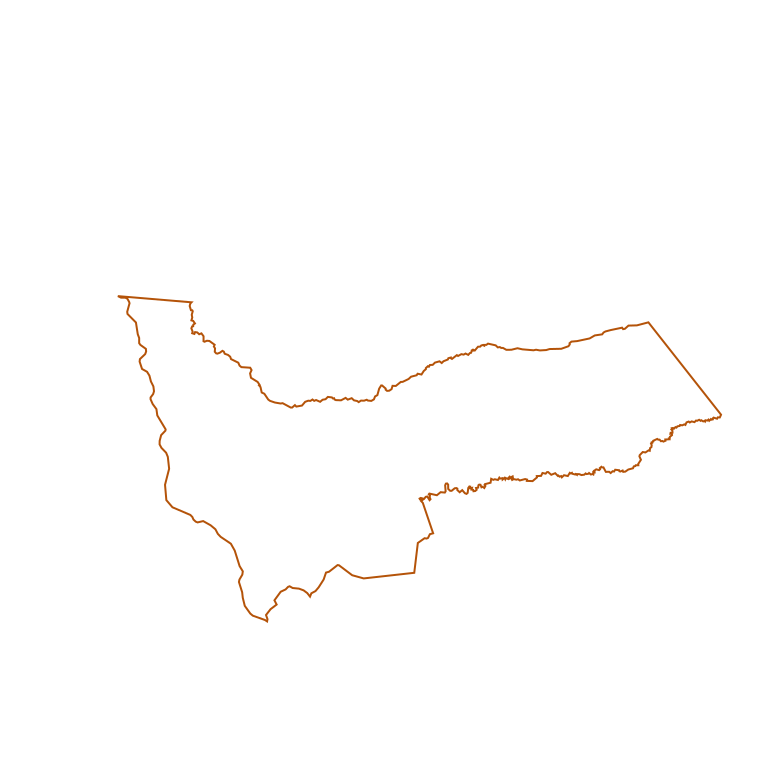 Mitete, Western, Zambia (Mercator projection), rotated 142°
{"feature_id": "96606910B13624449135340", "entity_name": "Mitete", "entity_type": "district", "adm_level": 2, "iso_a3": "ZMB", "parent_name": "Zambia", "parent_adm1": "Western", "projection": "mercator", "projection_center": [22.406, -14.284], "detail": "fine", "context": "isolated", "style": "outline", "palette": "amber", "viewbox_px": 768, "rotation_deg": 142, "n_neighbors": 0, "source": "geoboundaries", "source_scale": "gbopen_adm2", "svg_char_len": 6166}
<svg xmlns="http://www.w3.org/2000/svg" viewBox="0 0 768 768"><g transform="rotate(142 384 384)"><path d="M539.6,617.1L538.1,614.0L534.7,611.3L533.7,609.2L534.3,605.6L534.8,604.3L541.9,599.0L543.0,597.1L541.6,585.2L547.4,574.8L548.6,571.0L551.8,566.9L551.9,564.8L550.0,558.3L551.4,556.1L553.8,554.6L561.0,553.9L562.8,552.1L565.4,544.8L563.2,539.5L563.7,535.0L566.1,529.5L567.2,524.1L569.7,519.9L572.1,518.2L576.2,517.1L577.3,515.8L578.6,510.7L578.8,504.3L582.0,498.8L584.0,482.7L585.0,481.8L591.1,480.9L595.8,477.3L598.0,474.6L598.7,470.7L598.0,464.0L599.2,459.7L605.5,449.5L618.6,439.4L627.0,426.5L626.6,417.1L617.2,400.0L616.9,397.2L617.6,394.5L617.1,391.4L616.1,389.7L610.9,387.3L607.6,379.4L606.3,373.3L607.2,368.2L606.8,364.1L603.0,352.4L604.2,344.6L609.9,329.4L610.6,323.3L613.0,321.0L618.3,318.9L620.2,317.3L624.0,307.2L626.9,302.5L630.3,294.9L630.7,285.4L630.0,282.2L623.1,271.3L622.3,268.9L620.6,270.4L619.2,274.6L612.0,276.4L604.4,276.3L603.5,281.0L593.3,283.9L588.0,282.7L584.5,283.2L582.9,282.7L581.6,279.5L577.0,275.1L574.4,270.9L573.2,266.5L573.2,262.0L570.1,263.8L565.5,263.0L560.7,264.0L551.9,267.1L545.8,271.1L542.9,269.9L532.1,269.9L531.1,268.9L526.8,252.9L519.7,243.3L476.4,216.6L455.2,237.9L447.0,237.5L445.6,236.0L444.1,235.6L440.3,237.4L437.2,236.1L426.6,266.4L426.8,268.8L425.0,268.9L426.7,270.8L426.5,271.8L425.2,271.6L423.1,268.8L420.6,269.4L419.2,268.7L419.6,264.4L418.3,264.6L417.7,266.7L416.5,267.8L416.6,269.5L415.7,269.7L410.8,263.8L406.0,263.9L402.9,261.0L401.5,261.5L398.2,266.5L396.6,267.4L395.5,266.8L395.4,265.2L398.0,261.8L397.6,259.1L396.5,258.2L392.5,258.3L391.0,257.4L390.6,256.4L391.5,255.3L391.0,252.1L387.7,252.2L387.5,248.1L386.6,246.6L385.1,246.7L381.6,250.2L379.8,250.7L379.3,250.1L380.6,249.1L378.6,248.0L380.1,247.0L378.9,245.7L379.5,244.4L378.0,243.5L376.1,243.6L375.5,245.4L373.6,244.4L371.9,246.1L370.9,246.1L370.0,245.2L370.8,242.6L369.5,242.3L369.0,240.3L366.9,241.2L366.9,242.5L366.1,242.5L366.7,243.2L360.8,240.6L357.9,243.3L356.9,241.2L355.3,240.7L353.3,238.2L350.8,239.2L350.8,238.0L348.7,236.9L349.4,235.7L346.7,235.8L347.1,234.2L345.9,234.8L344.4,232.3L343.2,232.2L343.7,233.4L342.0,233.6L341.9,232.4L339.5,232.0L340.4,230.3L341.9,230.7L342.1,229.5L340.3,229.2L338.6,227.1L337.0,226.4L336.4,224.4L331.3,222.2L330.1,220.6L331.1,219.7L326.7,216.0L321.0,216.2L320.3,217.4L316.8,214.9L313.9,216.3L311.8,213.8L309.8,214.2L308.9,213.6L308.1,209.5L304.0,208.3L303.6,204.6L303.0,204.6L302.7,202.9L301.1,202.4L301.3,201.0L298.3,201.3L295.8,198.3L292.3,199.6L292.0,198.6L290.6,198.3L290.9,197.4L289.1,195.0L288.4,195.1L287.9,193.7L287.4,194.2L285.5,192.6L284.5,190.7L281.9,189.2L280.2,189.4L279.8,188.3L278.1,187.4L277.2,187.6L276.7,185.3L275.0,184.7L274.7,183.8L273.4,184.8L273.4,185.9L272.4,186.2L272.1,185.2L271.4,186.2L269.3,186.1L267.5,183.7L266.2,183.8L265.7,184.9L263.7,184.9L263.7,184.1L262.4,183.2L263.3,178.2L260.6,176.2L260.2,174.3L257.5,174.5L256.6,173.4L254.6,174.1L251.8,171.3L252.2,170.3L251.6,169.5L249.2,168.9L249.6,167.5L247.8,166.4L244.1,166.2L239.7,164.3L237.9,165.3L236.5,164.6L235.7,165.0L233.6,163.4L232.9,164.5L228.2,166.1L227.3,169.7L226.3,170.5L222.0,171.1L220.1,169.1L216.3,168.8L215.7,167.8L213.7,169.7L212.2,169.6L210.7,171.0L210.2,172.7L209.0,172.5L208.9,173.2L207.2,172.9L206.8,173.5L202.5,172.5L202.2,171.3L201.1,170.5L201.0,168.4L199.7,167.7L199.3,166.6L197.1,166.0L196.5,167.1L193.1,164.7L192.8,165.7L192.2,165.4L191.2,166.4L188.5,166.4L187.7,167.8L188.9,168.5L188.2,169.1L186.6,168.1L185.5,169.6L185.5,171.2L184.7,171.1L184.4,172.0L183.3,171.4L183.1,170.3L180.9,170.6L180.4,169.6L178.8,170.0L176.9,168.9L175.9,169.4L174.4,167.8L172.2,167.3L171.7,166.2L169.2,167.5L167.0,166.8L166.7,165.4L164.6,165.1L162.8,162.8L160.6,163.1L159.9,162.2L157.7,161.8L157.2,160.1L156.3,160.1L155.5,158.0L154.2,157.6L154.1,156.8L153.0,157.5L151.7,156.1L150.3,156.2L150.4,154.8L148.2,155.1L148.2,154.4L146.7,153.7L146.4,154.4L145.0,154.6L142.9,151.6L141.5,152.2L140.0,150.9L137.3,152.3L137.7,269.8L148.6,274.5L155.4,279.5L160.2,279.2L161.8,280.0L161.7,281.8L172.1,286.9L177.2,289.1L179.3,289.4L181.5,288.8L188.0,292.5L193.9,293.3L205.4,298.9L210.2,302.0L212.7,301.9L213.3,300.8L215.4,300.2L222.6,302.6L232.0,309.6L235.3,310.9L240.5,314.5L243.1,317.4L245.4,318.5L253.6,326.1L256.8,330.0L262.6,332.6L266.6,335.7L268.0,339.1L269.4,340.2L270.0,341.8L271.8,342.8L272.2,345.7L277.2,351.8L279.2,351.8L281.1,353.2L281.5,352.6L282.2,353.9L283.7,354.5L285.1,354.2L287.0,355.5L291.8,354.5L292.7,356.3L293.7,356.4L293.6,355.7L294.4,356.2L296.1,355.0L297.3,355.5L299.7,355.1L301.0,357.8L303.1,358.1L304.7,359.9L308.4,360.5L308.8,361.9L315.0,361.9L315.4,363.0L315.0,363.7L317.4,364.7L318.6,364.0L323.1,365.3L325.6,365.0L326.3,367.7L330.7,369.5L333.8,369.1L336.1,370.7L338.0,370.0L338.4,371.0L341.2,370.8L341.9,369.9L344.6,369.8L348.6,368.4L351.2,371.4L352.9,370.8L358.2,373.1L361.5,372.8L368.0,374.2L369.5,375.3L375.9,375.2L378.4,377.3L381.2,375.3L384.0,375.5L385.8,376.7L386.2,378.5L385.5,379.4L386.4,384.0L387.1,384.6L390.7,383.3L396.1,379.3L398.7,379.7L401.4,378.1L404.4,378.5L406.9,380.9L407.3,382.2L409.9,383.1L412.4,385.1L415.1,385.3L415.6,387.1L417.7,389.6L418.2,392.7L422.2,394.0L422.8,396.7L427.9,397.6L431.8,400.9L432.5,402.2L432.1,403.5L433.2,404.1L433.3,405.5L436.2,408.4L439.4,408.0L442.1,409.4L445.3,409.3L447.4,413.2L449.4,413.7L449.9,415.8L452.4,416.0L454.0,417.5L457.1,418.5L461.9,417.5L467.0,420.2L467.2,422.2L470.9,422.0L472.0,422.9L475.7,431.3L477.5,432.3L481.4,436.6L484.2,440.9L484.8,443.0L484.3,450.0L485.6,452.6L483.2,457.6L483.3,459.8L482.6,459.7L482.3,463.4L485.0,470.8L483.0,474.8L479.8,476.5L479.4,479.2L486.0,485.1L486.5,487.4L485.7,490.5L489.2,497.8L488.4,500.2L489.0,502.9L490.9,505.9L490.3,508.1L490.9,509.6L494.0,509.7L496.6,510.5L497.4,511.5L497.5,513.6L495.2,516.1L495.0,518.3L493.3,519.2L495.1,525.4L496.9,527.1L499.4,527.8L499.9,528.8L496.8,532.7L496.7,536.3L499.0,537.0L499.4,539.6L500.9,541.2L502.6,540.2L503.9,542.1L502.6,543.0L501.5,546.5L499.7,547.5L498.8,547.0L497.7,548.2L495.7,548.1L495.5,551.2L496.6,552.7L494.1,554.5L492.9,556.9L489.9,559.1L489.7,560.1L490.7,561.0L489.1,565.1L487.0,566.7L485.4,566.9L539.6,617.1Z" fill="none" stroke="#b45309" stroke-width="2"/></g></svg>